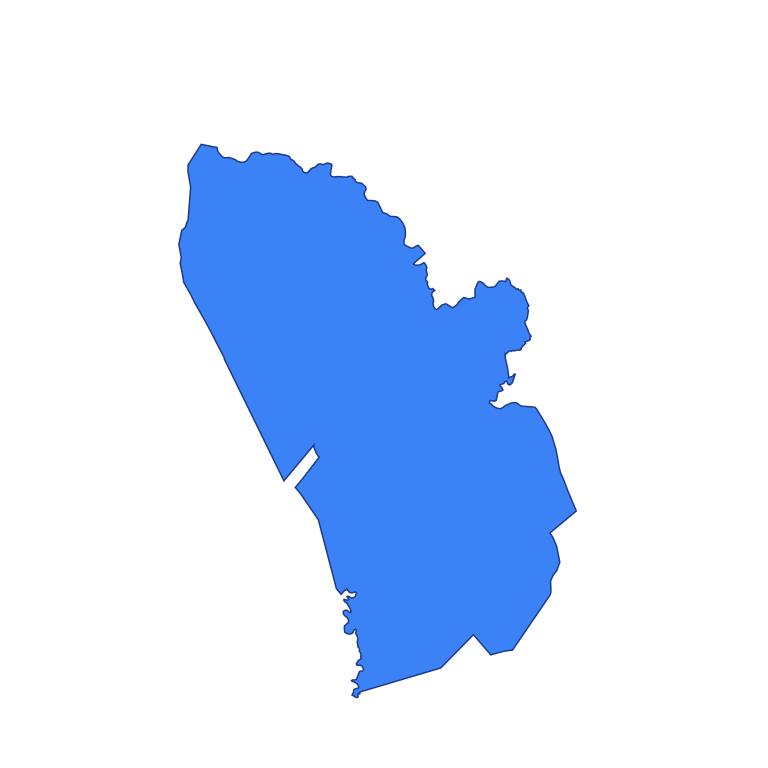 Kota Padang Panjang, Sumatera Barat, Indonesia (orthographic projection), rotated 64°
{"feature_id": "22746128B34977061629525", "entity_name": "Kota Padang Panjang", "entity_type": "district", "adm_level": 2, "iso_a3": "IDN", "parent_name": "Indonesia", "parent_adm1": "Sumatera Barat", "projection": "orthographic", "projection_center": [100.402, -0.47], "detail": "fine", "context": "isolated", "style": "filled", "palette": "blue", "viewbox_px": 768, "rotation_deg": 64, "n_neighbors": 0, "source": "geoboundaries", "source_scale": "gbopen_adm2", "svg_char_len": 6166}
<svg xmlns="http://www.w3.org/2000/svg" viewBox="0 0 768 768"><g transform="rotate(64 384 384)"><path d="M181.9,326.6L179.1,331.5L178.6,332.0L177.0,335.4L175.8,338.7L174.7,339.8L173.9,340.2L172.4,340.4L171.7,340.2L170.8,339.2L168.7,338.1L164.8,335.0L163.3,334.9L160.7,337.7L160.3,339.5L160.2,342.8L158.9,343.8L158.3,344.8L157.6,346.7L157.7,347.6L158.8,350.0L158.6,350.9L158.9,351.8L158.5,352.8L158.5,355.3L159.5,357.3L160.4,360.1L160.2,361.3L159.5,362.4L157.3,363.8L156.4,363.8L155.7,363.5L154.9,363.3L152.9,363.9L151.8,364.4L149.8,365.7L148.8,365.7L148.3,366.0L147.9,366.6L146.7,366.9L145.4,366.9L143.9,367.3L142.2,368.3L141.5,369.2L138.8,369.2L137.2,369.9L134.7,372.7L133.1,375.1L131.5,376.9L129.0,381.0L129.0,383.3L126.6,385.0L125.3,388.8L125.2,390.2L124.9,391.8L124.5,392.6L123.4,393.8L122.5,394.0L120.3,395.8L119.5,397.4L119.1,398.8L118.7,401.7L119.4,403.3L120.3,404.5L123.2,409.8L123.3,412.3L122.0,415.5L119.2,418.4L117.6,419.0L116.3,420.0L112.4,424.2L110.9,427.9L109.3,429.5L107.9,430.1L103.8,431.2L101.5,431.3L98.1,430.4L94.5,435.6L94.3,435.5L88.5,443.3L101.3,464.2L107.5,467.2L122.3,471.5L151.3,488.5L151.9,489.9L156.1,493.8L157.3,498.5L168.6,507.2L181.5,510.8L186.2,514.3L197.1,517.1L204.7,519.4L219.2,518.5L228.3,518.5L250.1,517.1L262.0,516.7L291.4,516.1L291.4,516.6L291.8,516.6L427.2,516.4L408.1,473.8L409.9,474.7L415.9,475.2L418.2,474.9L419.9,474.8L421.3,474.3L432.8,497.4L438.1,509.1L444.6,507.4L477.1,502.5L547.2,516.5L554.2,514.8L552.7,510.9L552.1,509.9L552.4,509.1L552.4,507.9L551.9,507.2L552.3,507.0L553.4,507.0L555.1,506.7L556.3,506.2L557.3,505.1L557.9,503.5L558.1,501.7L558.3,501.1L558.8,500.6L559.4,500.3L559.9,500.3L560.3,500.7L560.3,500.9L562.4,503.0L562.6,504.3L562.6,505.9L561.5,507.4L560.3,508.4L559.2,509.1L558.9,509.8L558.9,510.5L562.1,510.1L562.3,510.6L562.3,511.6L560.9,513.4L560.0,514.2L560.7,514.9L562.9,514.5L565.3,513.3L567.4,513.3L569.1,513.0L571.8,513.0L574.5,513.6L574.2,513.8L574.2,515.2L572.2,515.9L570.8,516.8L570.3,518.4L570.4,520.0L571.5,521.0L573.7,521.2L576.6,520.3L577.4,519.6L579.3,519.4L580.3,519.4L581.5,519.6L583.1,521.5L583.1,522.3L583.8,524.1L583.9,525.0L584.2,525.7L586.3,526.8L589.8,528.1L592.3,526.6L593.8,524.5L594.1,522.2L593.4,520.3L592.6,519.4L591.9,519.0L591.9,517.6L592.3,516.8L593.4,516.8L594.2,517.5L595.2,518.7L599.6,518.7L601.4,519.1L602.6,519.8L603.7,520.9L604.9,521.5L607.2,521.9L608.6,522.7L609.7,522.2L610.7,522.1L611.7,522.3L612.8,523.1L613.7,523.3L615.3,523.0L617.1,523.2L618.2,524.2L619.1,524.6L620.3,524.4L621.1,525.9L621.2,528.3L623.4,531.4L624.5,531.7L625.4,531.1L626.2,528.8L627.2,527.8L630.8,527.2L632.2,528.3L632.6,529.4L631.7,531.3L631.8,532.2L636.4,537.2L637.4,538.6L637.4,539.3L636.1,542.3L636.5,543.3L637.2,543.0L639.0,541.3L641.3,539.8L643.7,539.3L645.6,539.7L645.9,540.5L645.4,544.0L645.4,544.9L648.1,547.0L649.5,549.1L653.9,546.1L653.9,544.9L654.0,544.7L653.5,544.2L652.2,544.0L651.3,543.3L651.1,542.8L651.6,542.5L651.8,541.9L651.8,541.4L651.0,541.0L650.5,541.2L650.4,539.8L664.1,457.4L648.5,413.5L674.2,406.8L676.9,392.8L679.5,385.1L646.5,327.3L644.7,325.6L642.6,324.4L635.1,321.1L634.7,321.1L632.9,319.3L630.4,316.3L627.3,310.4L621.2,304.1L605.1,299.9L594.7,299.5L590.6,300.2L582.4,266.8L560.6,265.6L549.4,264.5L541.5,264.3L535.3,263.0L528.9,261.1L518.5,258.2L504.6,255.9L497.1,255.9L489.4,256.3L474.5,257.7L473.0,257.9L471.2,258.4L469.4,261.1L466.1,266.7L464.4,269.9L462.7,271.2L460.4,272.3L458.6,273.6L457.6,275.7L457.2,277.2L456.8,278.8L456.7,280.7L456.6,283.9L456.9,286.0L457.3,287.7L457.3,290.2L455.3,293.0L452.3,295.3L448.8,296.4L447.6,297.6L447.4,298.2L447.4,297.9L445.4,295.7L447.9,292.3L447.9,290.4L444.4,287.4L442.1,286.0L441.1,284.5L441.8,281.0L441.5,279.7L438.9,279.6L436.2,280.7L435.6,280.1L435.9,277.5L436.1,276.1L434.9,274.6L435.1,272.6L438.5,272.6L440.1,271.3L439.3,268.4L437.5,266.4L432.7,261.8L432.4,262.6L432.4,263.4L433.3,264.5L433.4,265.6L433.1,267.0L433.1,267.6L433.3,268.4L433.0,269.4L432.3,268.9L430.9,268.3L425.3,266.4L421.5,265.4L415.7,264.1L412.5,263.0L410.7,262.3L409.7,261.8L410.4,260.7L410.3,260.1L409.9,259.8L409.8,258.5L409.3,257.3L409.4,256.4L409.7,255.8L410.5,255.2L410.5,254.5L410.2,253.4L410.5,252.9L411.2,252.7L412.4,248.1L413.0,247.6L413.2,246.7L412.9,245.2L412.2,245.1L411.5,244.6L411.5,244.0L410.5,242.5L410.3,240.8L409.9,240.2L409.6,239.0L408.6,239.3L407.9,238.8L408.2,237.6L408.1,236.6L408.5,234.5L407.9,232.8L406.1,232.6L405.7,230.9L404.5,230.9L402.4,231.4L397.5,230.9L394.7,230.9L390.2,230.5L389.2,229.2L388.9,227.7L384.9,224.4L383.9,223.9L382.4,222.7L381.2,222.1L378.3,221.8L377.2,219.5L373.5,219.6L371.7,219.6L367.9,219.0L363.6,218.9L362.0,219.5L361.8,220.2L361.3,220.6L359.6,219.7L358.9,221.5L357.1,221.9L356.8,223.5L355.3,223.9L353.3,224.8L352.8,225.5L351.8,225.8L350.6,226.6L348.0,225.9L345.7,225.7L343.3,226.6L342.8,227.3L343.6,228.3L344.3,228.8L345.2,229.9L344.4,230.8L342.8,233.3L342.3,235.0L342.2,235.8L343.8,238.9L344.9,241.2L345.0,242.0L344.8,243.5L343.4,246.8L342.5,248.5L339.1,250.2L337.3,250.3L334.0,252.7L333.7,253.0L333.6,254.7L338.6,260.6L345.9,264.2L345.0,270.1L341.2,274.5L342.9,280.7L344.8,283.6L345.6,288.9L339.0,293.2L338.4,297.2L340.2,303.3L340.1,304.1L338.9,305.2L336.0,305.3L332.7,304.5L331.1,302.9L327.8,302.2L326.5,302.2L325.2,302.4L323.8,301.2L323.3,301.0L322.5,299.7L322.4,298.8L322.4,297.7L322.3,297.4L319.5,298.4L319.5,299.8L319.1,300.8L317.0,301.8L316.5,301.6L313.0,301.5L312.3,300.4L311.1,300.3L309.6,300.8L308.3,300.6L307.0,300.1L306.1,298.5L305.2,297.6L304.1,296.8L302.9,296.8L299.7,296.0L299.6,295.7L298.5,294.6L296.0,294.2L292.7,294.7L292.3,295.6L292.7,297.4L292.6,299.7L292.0,301.5L291.3,303.0L290.6,304.0L288.8,305.0L284.6,289.7L274.5,292.4L274.0,293.7L274.1,295.2L274.4,296.8L274.4,298.7L273.5,300.3L270.4,302.8L267.9,304.5L265.6,304.1L263.6,302.9L259.9,299.6L256.3,297.9L252.5,296.7L247.6,296.5L242.1,297.6L239.7,298.9L237.5,302.3L235.9,305.1L232.3,306.8L229.7,309.7L227.1,310.0L218.2,309.9L215.7,311.5L214.4,313.8L213.5,314.9L211.9,318.2L210.1,318.7L207.8,318.8L204.4,318.7L202.6,316.8L201.1,314.7L198.8,314.1L193.7,316.1L190.7,320.4L188.9,320.7L187.8,320.3L185.9,321.0L184.9,321.6L183.4,321.6L182.4,323.5L181.7,325.7L181.9,326.6Z" fill="#3b82f6" stroke="#1e3a8a" stroke-width="1.5"/></g></svg>